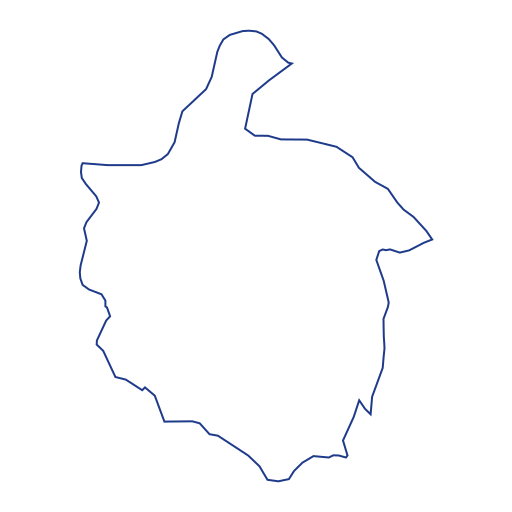 Kaesong City, Hwanghae-bukto, North Korea (Natural Earth projection)
{"feature_id": "82179303B5428034439323", "entity_name": "Kaesong City", "entity_type": "district", "adm_level": 2, "iso_a3": "PRK", "parent_name": "North Korea", "parent_adm1": "Hwanghae-bukto", "projection": "natural_earth1", "projection_center": [126.564, 37.948], "detail": "fine", "context": "isolated", "style": "outline", "palette": "blue", "viewbox_px": 512, "rotation_deg": 0, "n_neighbors": 0, "source": "geoboundaries", "source_scale": "gbopen_adm2", "svg_char_len": 1591}
<svg xmlns="http://www.w3.org/2000/svg" viewBox="0 0 512 512"><path d="M291.8,63.5L288.3,62.7L281.9,57.5L274.1,45.3L268.8,39.1L261.9,33.8L256.3,31.4L249.0,30.7L242.6,31.1L229.8,34.9L223.4,39.4L219.8,45.6L217.3,51.9L211.7,76.9L206.1,89.1L182.4,111.3L178.8,123.4L174.6,142.2L167.9,154.0L161.5,159.2L154.8,162.0L141.4,165.1L126.6,165.1L107.2,165.1L82.6,163.2L81.5,165.8L81.0,172.1L81.8,178.0L86.0,184.2L96.3,196.4L99.0,202.6L96.5,208.9L86.5,222.1L84.0,228.3L86.8,240.8L80.6,265.5L79.8,272.1L80.3,278.3L82.6,284.9L89.0,289.5L101.5,294.3L105.4,300.6L105.4,306.4L107.0,307.5L110.1,316.3L106.2,320.5L96.9,340.5L96.7,344.6L103.2,350.8L115.4,377.0L125.8,379.6L142.2,390.2L145.0,387.4L154.8,395.7L161.1,412.7L164.4,421.6L192.3,421.3L199.7,423.3L209.5,434.2L217.9,435.7L248.3,455.6L259.5,466.3L263.5,473.1L267.5,479.8L278.4,481.3L288.9,479.1L294.1,470.9L302.5,462.6L313.5,456.1L328.8,457.5L333.3,455.3L338.8,455.5L345.9,457.5L347.5,455.5L343.0,440.5L353.7,417.0L359.2,400.3L365.0,408.8L370.6,414.3L371.5,404.1L372.1,396.8L382.7,367.9L382.9,365.5L383.7,356.2L384.5,348.4L384.3,344.1L383.8,336.7L383.6,326.2L383.5,318.9L385.9,312.4L388.0,306.7L388.7,302.4L386.8,294.2L383.7,280.8L376.3,259.9L379.2,251.1L382.7,249.5L384.3,249.8L385.9,250.2L390.0,249.4L399.8,252.6L409.1,250.4L415.5,247.1L423.6,242.9L427.8,241.2L432.2,239.5L426.3,230.9L419.9,223.9L413.5,216.9L403.8,209.8L397.5,202.8L387.9,188.9L375.0,181.8L358.9,167.8L352.6,157.3L336.5,146.8L312.8,141.0L307.1,139.6L280.9,139.4L267.9,135.8L254.8,135.7L245.1,128.7L252.5,94.0L269.2,80.2L291.8,63.5Z" fill="none" stroke="#1e3a8a" stroke-width="2"/></svg>